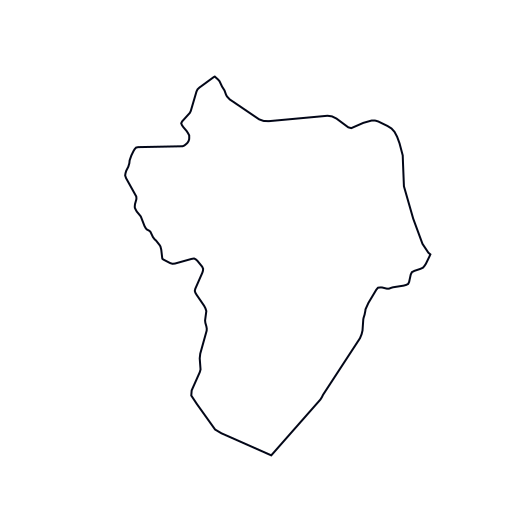 Maradi, orthographic projection, rotated 206°
{"feature_id": "NER-91", "entity_name": "Maradi", "entity_type": "Department", "adm_level": 1, "iso_a3": "NER", "parent_name": "Niger", "parent_adm1": "", "projection": "orthographic", "projection_center": [7.538, 14.218], "detail": "fine", "context": "isolated", "style": "outline", "palette": "ink", "viewbox_px": 512, "rotation_deg": 206, "n_neighbors": 0, "source": "natural_earth", "source_scale": "10m", "svg_char_len": 2128}
<svg xmlns="http://www.w3.org/2000/svg" viewBox="0 0 512 512"><g transform="rotate(206 256 256)"><path d="M164.8,404.3L153.6,383.5L131.1,358.5L111.7,339.9L102.5,334.5L100.0,333.9L99.9,331.6L99.9,323.5L100.2,321.1L100.8,318.7L102.6,316.5L107.1,312.1L108.8,309.8L108.8,307.2L107.0,299.8L107.0,297.6L108.3,295.9L110.3,294.1L119.2,287.9L120.5,286.7L122.2,284.9L122.8,284.6L123.4,284.3L124.1,284.0L128.8,283.0L130.0,282.5L132.0,281.3L132.5,280.9L133.1,278.4L134.4,263.2L134.2,256.1L133.7,254.7L132.7,250.9L132.2,247.6L131.8,246.1L127.6,235.7L126.8,232.0L126.5,227.7L134.9,160.7L134.9,158.0L135.2,155.2L154.9,83.5L209.4,81.5L216.7,82.1L244.2,97.0L253.0,102.2L254.9,107.0L255.6,126.9L256.1,129.7L261.7,139.3L263.3,143.8L267.6,167.2L268.4,169.1L269.7,170.9L272.2,173.7L273.5,175.7L276.5,184.7L278.5,186.8L280.8,188.5L292.6,195.2L294.5,196.5L295.7,197.8L296.2,199.9L296.9,217.5L297.2,219.4L297.9,221.3L299.7,222.8L306.6,226.0L308.8,226.6L310.6,226.6L312.8,225.0L325.5,213.7L327.6,212.4L330.0,212.0L337.6,212.2L338.8,212.4L339.3,212.9L343.9,220.1L346.1,222.7L347.3,223.5L352.7,226.1L354.3,226.5L356.9,227.8L361.4,231.4L362.2,231.7L363.1,231.9L365.9,232.0L367.4,232.7L369.4,234.1L376.5,240.7L377.2,241.2L382.7,243.7L384.4,244.9L386.0,246.2L386.5,247.0L387.0,248.2L387.5,249.6L388.4,254.5L388.8,255.5L389.7,257.0L406.9,269.0L408.9,271.0L409.6,273.3L410.0,275.8L409.9,280.2L410.2,282.0L410.5,283.8L411.5,286.6L412.1,291.7L412.1,296.6L411.9,298.9L411.3,300.9L409.6,302.2L370.2,322.4L369.5,323.1L369.0,323.7L368.7,324.2L368.2,325.2L367.4,327.1L367.2,327.8L367.0,329.5L367.2,331.4L367.7,332.7L368.9,335.1L370.8,336.5L373.1,337.9L377.9,340.0L380.0,341.2L381.4,342.5L381.4,344.6L378.2,355.6L378.2,357.8L381.6,377.8L381.6,380.2L380.7,382.6L372.4,398.3L371.7,399.2L367.5,398.0L365.4,397.1L360.8,393.4L356.9,391.0L353.7,387.9L352.1,386.7L348.2,385.2L313.1,380.2L308.4,380.7L303.6,382.8L253.2,413.4L248.9,414.8L243.9,414.8L229.5,412.1L226.4,412.7L217.9,422.7L211.4,428.5L208.4,429.9L207.6,430.1L205.1,430.5L194.8,430.5L190.1,430.0L185.9,428.3L181.4,425.0L176.4,420.2L168.2,410.7L164.8,404.3Z" fill="none" stroke="#020617" stroke-width="2"/></g></svg>